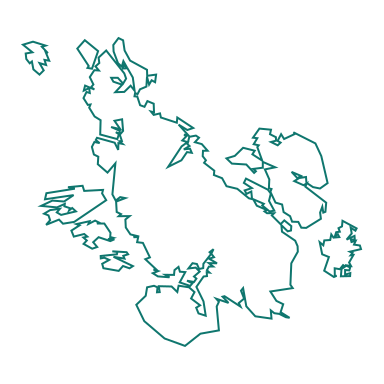 Fjell nor, Hordaland, Norway (Robinson projection)
{"feature_id": "86288312B65460294234921", "entity_name": "Fjell nor", "entity_type": "district", "adm_level": 2, "iso_a3": "NOR", "parent_name": "Norway", "parent_adm1": "Hordaland", "projection": "robinson", "projection_center": [5.057, 60.356], "detail": "fine", "context": "isolated", "style": "outline", "palette": "teal", "viewbox_px": 384, "rotation_deg": 0, "n_neighbors": 0, "source": "geoboundaries", "source_scale": "gbopen_adm2", "svg_char_len": 5954}
<svg xmlns="http://www.w3.org/2000/svg" viewBox="0 0 384 384"><path d="M292.7,288.1L290.4,284.8L291.3,263.3L297.8,251.7L297.6,246.2L295.2,240.7L282.0,231.7L281.4,225.2L287.7,231.3L291.0,230.5L291.3,226.1L284.3,220.4L280.6,224.2L271.8,215.4L274.1,213.2L267.0,213.2L264.5,211.4L267.0,210.1L256.8,205.7L253.3,199.4L248.9,198.3L237.3,188.8L226.5,186.2L222.1,178.2L213.9,175.0L214.3,170.7L204.1,162.8L205.9,160.3L202.7,156.2L203.0,150.8L207.6,150.7L201.8,144.1L194.9,142.2L199.0,137.7L195.9,135.6L189.3,136.8L187.5,144.2L189.5,146.0L183.8,149.4L190.0,148.7L191.8,152.8L187.0,152.1L181.4,160.3L168.1,166.9L181.6,146.4L187.5,142.1L182.3,140.5L186.2,136.4L184.1,134.5L188.7,135.7L178.6,124.6L187.3,130.0L193.2,128.0L177.3,117.5L176.8,122.7L160.9,117.5L160.0,113.4L153.7,114.9L150.9,111.5L154.0,112.3L153.7,103.7L147.4,101.1L144.5,106.8L140.1,105.2L137.3,96.6L134.5,96.3L135.1,93.0L137.5,94.2L140.0,89.3L146.4,86.6L147.0,76.8L149.1,84.6L151.6,80.3L155.1,82.2L156.1,74.6L147.2,75.8L147.0,69.8L130.1,60.6L124.6,50.5L123.1,40.3L118.5,38.1L113.3,45.0L113.6,51.5L118.0,63.2L121.8,66.6L123.4,61.1L127.0,67.5L123.8,65.2L123.0,68.5L127.5,68.3L132.8,77.5L134.6,90.7L130.6,85.7L124.3,91.9L115.3,92.2L122.2,84.7L113.4,81.7L111.2,77.8L117.8,77.8L123.1,83.6L126.1,78.6L124.3,73.4L106.2,50.5L98.6,57.6L99.3,63.0L95.5,66.4L98.9,70.5L94.3,70.2L89.8,77.1L93.4,84.5L91.1,87.2L94.4,89.5L85.1,85.6L83.8,90.6L89.2,88.1L89.8,93.0L86.5,92.0L83.5,98.1L87.8,104.9L90.5,104.5L89.2,107.7L94.6,116.5L100.6,120.2L100.2,134.5L117.3,139.1L118.9,134.2L115.8,132.2L119.4,133.5L119.8,130.8L111.1,127.0L120.3,129.2L114.5,120.8L122.1,119.3L123.1,130.9L119.8,134.7L121.9,141.0L119.6,141.2L122.6,143.9L118.4,143.1L118.2,149.9L114.7,142.7L97.0,137.8L95.8,140.0L99.6,143.1L94.4,142.0L91.9,146.9L93.9,154.5L98.3,156.7L97.8,164.2L107.5,172.6L115.4,163.3L112.4,194.4L115.7,200.6L120.2,197.1L125.3,198.1L116.1,201.6L116.7,212.0L121.0,214.1L118.7,216.2L129.6,216.1L125.4,219.5L125.8,227.5L130.4,234.4L136.6,235.9L133.5,237.2L138.2,237.1L137.1,242.2L142.9,242.9L149.9,257.4L145.3,259.2L156.2,269.4L153.5,269.7L158.1,271.1L152.8,273.2L157.9,276.4L169.5,277.3L165.3,274.8L174.0,274.9L174.5,270.1L178.5,266.9L179.9,271.7L185.3,272.1L179.7,282.4L190.2,285.9L192.4,283.3L187.0,280.7L194.0,282.0L196.4,278.6L194.0,276.5L199.7,271.6L195.7,267.6L188.4,268.5L192.5,263.2L196.9,264.0L199.2,269.0L203.2,268.1L203.4,263.8L211.2,253.8L209.6,252.2L213.5,249.2L211.3,253.7L214.0,257.2L209.1,258.7L217.0,263.3L208.8,263.1L213.1,266.5L208.9,266.6L206.9,270.2L209.5,272.6L206.7,272.3L207.0,276.1L203.6,276.5L196.4,286.9L203.5,301.4L205.7,315.7L198.5,313.4L196.2,307.7L200.1,305.3L191.1,298.5L194.5,292.1L189.0,287.3L178.6,285.7L177.3,292.0L171.6,286.5L158.8,286.2L159.7,292.1L157.0,292.3L157.5,287.3L154.0,285.8L147.1,287.3L145.7,295.8L136.3,304.8L144.3,321.2L164.6,338.5L185.0,345.9L200.4,333.7L218.9,330.4L216.7,306.5L218.9,301.8L216.2,298.7L228.5,302.9L222.6,296.7L224.5,296.2L240.5,306.6L238.8,303.0L244.1,298.6L241.0,290.7L243.1,288.1L246.3,306.3L255.3,316.3L271.5,318.6L270.8,310.4L274.3,313.2L279.3,313.9L285.9,317.2L289.6,317.8L280.6,312.2L283.2,304.2L276.4,300.9L270.4,291.5L292.7,288.1ZM271.0,129.7L259.4,128.6L253.0,137.7L257.3,138.2L253.7,144.2L258.7,145.3L257.3,147.1L262.2,160.6L252.4,154.3L254.7,150.7L243.1,147.8L234.8,155.9L226.5,158.4L231.9,163.6L246.3,164.5L254.1,172.9L255.9,171.3L253.3,168.9L262.8,167.7L262.8,161.9L275.2,167.3L264.9,169.4L269.3,179.4L268.9,188.3L271.5,189.0L270.4,191.8L275.5,202.6L282.1,204.5L283.6,212.1L290.1,216.2L292.1,221.7L298.3,221.9L301.3,227.7L306.2,227.9L320.9,218.8L320.1,212.6L322.3,206.7L323.3,212.6L325.4,211.8L326.2,202.7L305.3,186.6L306.8,183.4L303.5,185.2L294.3,181.1L298.0,178.8L291.6,171.9L302.4,176.5L300.0,176.1L298.1,178.2L306.0,177.0L306.4,182.7L313.0,187.1L320.0,188.5L327.6,183.1L321.3,156.1L315.4,143.4L293.4,132.3L295.2,133.8L284.1,139.0L281.1,134.2L277.6,140.9L280.6,142.6L277.7,145.3L271.0,142.0L276.0,140.7L275.9,137.2L270.0,134.2L271.0,129.7ZM82.6,185.8L68.0,187.2L74.8,188.7L46.4,193.2L45.0,199.3L73.6,195.1L64.1,201.5L52.4,200.6L41.1,205.9L57.0,207.4L64.8,203.9L64.4,206.3L70.0,208.2L69.1,210.4L72.2,208.0L75.9,211.4L61.1,214.9L56.8,212.4L59.9,208.8L50.1,210.1L44.1,213.7L48.5,215.4L50.1,220.2L46.1,224.8L59.0,219.6L63.0,223.7L74.2,221.9L106.2,200.2L102.1,193.4L103.0,189.9L84.2,190.9L82.6,185.8ZM349.9,251.7L361.0,249.1L359.9,245.5L354.0,244.6L355.7,240.8L351.5,242.0L350.8,239.4L354.8,239.7L354.5,235.9L346.6,239.6L351.7,233.5L350.7,227.7L355.4,230.7L356.6,228.4L342.5,220.8L342.0,226.4L338.5,228.2L339.8,231.7L336.2,232.2L334.9,236.3L337.8,234.2L339.3,237.1L333.5,237.6L331.3,234.4L330.2,240.0L324.3,240.4L323.3,245.3L319.7,242.2L322.2,254.3L328.9,257.0L324.2,270.7L333.9,277.0L336.7,275.8L334.8,275.9L334.7,268.3L339.8,269.2L343.1,265.1L345.2,266.5L341.5,269.0L340.9,276.3L350.1,276.1L350.3,273.1L345.1,274.6L345.1,270.0L349.3,270.4L350.2,267.5L345.0,265.1L351.0,266.0L349.1,262.5L353.4,255.0L350.7,255.3L352.6,253.0L349.9,251.7ZM89.6,221.2L76.4,224.1L79.6,225.3L71.4,230.6L73.8,236.6L84.2,234.0L87.3,236.6L83.4,237.5L86.8,240.5L83.6,243.9L92.2,248.7L97.2,247.0L93.2,242.2L98.6,237.2L110.3,241.1L114.4,239.3L108.0,239.2L113.2,237.8L110.2,237.0L110.5,232.8L104.3,223.5L96.9,223.5L99.3,222.7L95.1,220.6L88.4,224.0L89.6,221.2ZM33.0,41.7L23.0,44.7L32.4,52.3L25.7,53.5L26.3,59.0L29.7,63.3L31.9,61.5L33.4,69.4L39.5,74.6L43.7,70.4L39.5,63.1L46.1,65.0L44.5,59.9L49.2,60.7L45.5,51.7L47.9,53.1L41.9,46.8L45.6,45.6L33.0,41.7ZM246.0,178.6L243.9,182.9L251.9,188.1L244.7,190.4L246.5,193.9L251.3,191.5L252.0,198.7L263.8,203.8L262.2,205.4L269.5,211.4L274.3,210.7L269.0,200.9L270.8,193.6L267.9,189.7L246.0,178.6ZM98.1,51.1L84.8,40.2L77.3,48.6L88.7,66.0L87.5,67.9L92.0,68.7L98.1,51.1ZM126.6,252.2L112.3,251.3L117.4,252.0L116.9,254.3L100.7,256.0L100.8,258.4L104.3,257.7L109.2,259.9L102.2,263.8L103.4,268.2L118.7,270.9L123.0,266.0L129.5,268.3L132.9,266.1L113.5,256.8L124.5,258.6L123.3,255.8L128.1,254.3L126.6,252.2Z" fill="none" stroke="#0f766e" stroke-width="2"/></svg>